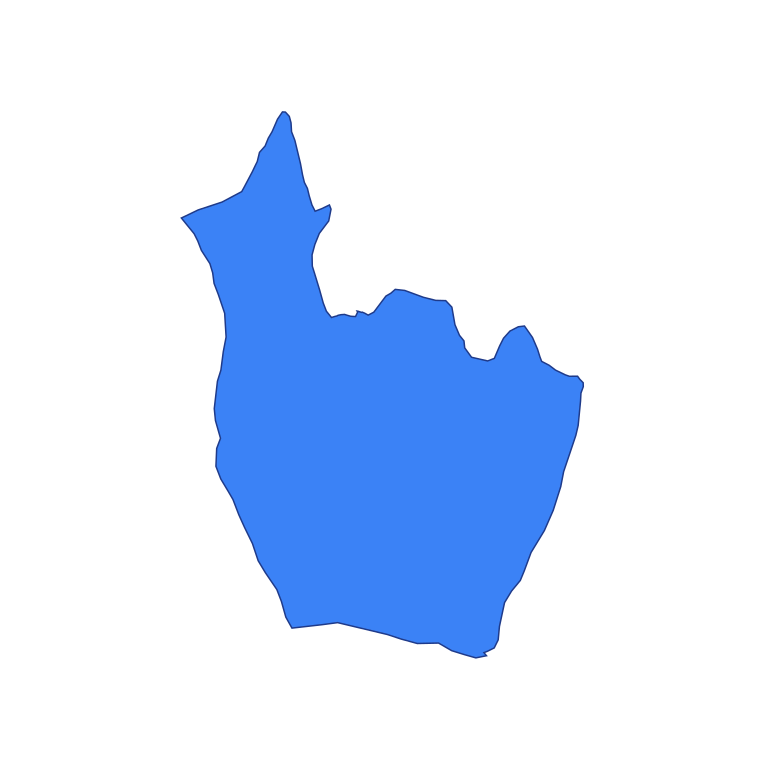 the district of Yagba West, Kogi, Nigeria, rotated 159°
{"feature_id": "59680162B26925253941931", "entity_name": "Yagba West", "entity_type": "district", "adm_level": 2, "iso_a3": "NGA", "parent_name": "Nigeria", "parent_adm1": "Kogi", "projection": "robinson", "projection_center": [5.518, 8.278], "detail": "fine", "context": "isolated", "style": "filled", "palette": "blue", "viewbox_px": 768, "rotation_deg": 159, "n_neighbors": 0, "source": "geoboundaries", "source_scale": "gbopen_adm2", "svg_char_len": 2098}
<svg xmlns="http://www.w3.org/2000/svg" viewBox="0 0 768 768"><g transform="rotate(159 384 384)"><path d="M200.5,321.9L208.2,324.8L211.6,327.7L218.9,335.5L223.1,342.3L228.7,348.6L228.7,353.4L228.2,361.6L228.7,374.2L232.1,387.8L238.1,389.3L247.4,388.3L256.0,383.9L262.4,378.1L271.8,368.4L279.0,368.4L292.7,377.6L295.7,388.8L293.9,395.6L296.1,402.4L296.5,414.0L293.1,431.4L296.5,439.7L305.9,443.6L307.0,444.4L316.1,450.8L331.1,463.9L339.6,468.3L345.1,466.3L350.7,465.4L367.8,454.7L374.1,454.0L376.7,457.1L378.6,458.9L379.3,458.9L382.1,461.2L383.0,461.7L382.8,460.6L386.4,457.2L387.8,457.8L389.6,458.6L391.0,459.3L393.9,461.5L395.9,463.1L399.2,464.1L402.3,464.6L403.7,464.4L405.8,464.7L409.2,464.9L410.7,469.5L411.7,472.6L411.7,481.4L410.4,494.9L409.2,511.9L408.7,519.7L404.9,530.3L404.1,531.4L398.5,539.1L390.4,547.8L380.3,554.1L377.2,556.0L370.8,566.2L370.8,570.7L379.6,570.0L379.8,570.0L386.4,570.0L386.5,571.2L387.1,577.0L386.4,586.3L385.4,594.1L386.1,600.7L385.1,608.4L383.0,619.7L379.9,643.4L379.9,652.7L378.2,658.0L377.2,661.2L376.5,667.8L378.6,673.2L381.3,674.4L388.5,669.4L398.0,659.7L403.9,655.0L409.7,648.8L417.2,644.9L422.6,637.1L425.3,634.6L426.8,633.2L430.8,629.4L444.2,617.7L447.9,614.6L470.1,611.9L495.1,613.1L509.7,611.9L513.7,611.6L507.4,592.3L506.6,584.2L506.6,574.2L503.4,558.8L504.1,549.4L504.2,548.8L506.6,538.8L506.6,527.0L507.4,507.1L514.6,484.4L522.5,471.7L527.9,461.7L531.3,455.4L538.5,446.3L551.3,421.8L554.5,410.1L554.5,409.7L556.1,391.9L563.3,383.8L570.4,367.4L570.4,353.8L568.0,340.2L566.4,330.3L566.4,313.9L565.6,300.3L564.0,282.2L564.8,264.1L562.4,250.5L557.7,230.5L557.7,217.8L559.2,201.5L557.4,189.1L528.1,181.5L513.5,178.0L512.9,177.9L470.6,148.9L459.5,139.8L445.9,129.8L425.9,122.6L416.4,110.8L406.0,102.6L396.4,95.4L385.7,93.6L387.0,97.4L383.1,97.4L375.7,98.1L369.1,104.2L363.1,116.3L349.8,136.7L339.1,145.0L327.1,151.8L320.1,159.2L307.1,174.0L286.8,189.7L271.3,205.4L255.8,224.8L247.7,237.8L234.7,253.5L223.3,267.3L217.6,275.7L206.7,297.5L203.4,304.9L198.9,310.1L197.6,313.8L199.5,318.2L200.5,321.9Z" fill="#3b82f6" stroke="#1e3a8a" stroke-width="1.5"/></g></svg>